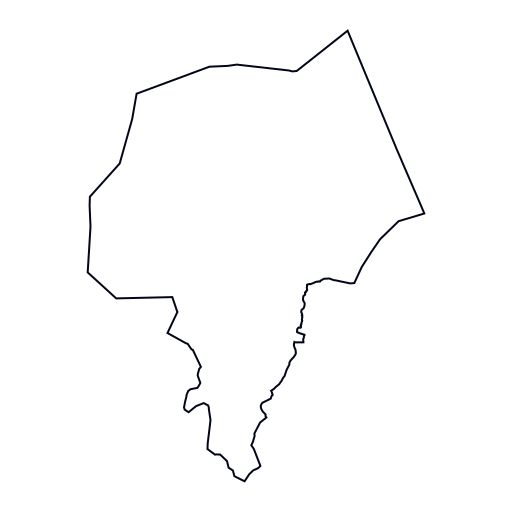 Ori Ire, Oyo, Nigeria (Natural Earth projection)
{"feature_id": "59680162B81796058650879", "entity_name": "Ori Ire", "entity_type": "district", "adm_level": 2, "iso_a3": "NGA", "parent_name": "Nigeria", "parent_adm1": "Oyo", "projection": "natural_earth1", "projection_center": [4.162, 8.245], "detail": "fine", "context": "isolated", "style": "outline", "palette": "ink", "viewbox_px": 512, "rotation_deg": 0, "n_neighbors": 0, "source": "geoboundaries", "source_scale": "gbopen_adm2", "svg_char_len": 4252}
<svg xmlns="http://www.w3.org/2000/svg" viewBox="0 0 512 512"><path d="M87.7,272.4L116.2,298.4L172.3,297.1L177.3,311.9L177.4,312.0L167.5,333.0L186.0,343.3L187.6,343.7L191.5,349.4L192.8,349.8L200.9,366.9L199.2,369.0L197.9,373.7L197.7,375.6L200.3,382.8L200.2,383.3L198.0,387.1L197.3,387.9L190.6,389.2L188.2,391.0L186.7,394.6L186.5,395.0L186.5,396.3L185.2,401.3L184.0,407.4L184.7,409.6L188.2,412.0L188.6,412.2L196.1,406.1L203.7,403.1L208.1,405.4L208.9,407.8L208.8,408.7L210.5,420.2L207.7,443.4L207.5,449.1L215.1,454.7L216.1,454.4L218.6,454.5L218.8,454.6L220.1,454.5L227.0,461.1L228.6,467.7L232.9,470.5L234.4,476.2L244.6,481.3L249.1,474.4L253.2,470.4L258.2,468.1L260.4,465.9L253.8,448.9L251.3,445.3L252.9,441.9L254.6,436.0L254.4,433.5L260.1,422.5L266.4,417.5L265.5,416.1L265.6,414.6L264.7,413.5L263.3,412.2L262.2,410.7L261.2,408.7L260.9,407.5L260.8,405.6L261.4,404.3L261.8,403.6L262.0,403.2L262.3,402.9L262.6,402.7L263.4,402.3L264.1,401.9L264.8,401.6L265.3,401.3L265.8,401.1L266.4,400.8L266.7,400.6L267.3,400.4L267.7,400.2L267.9,400.1L268.1,399.9L268.4,399.8L268.5,399.7L269.0,399.5L269.2,399.4L269.4,399.3L269.6,399.2L269.9,399.1L270.0,399.0L270.1,398.9L270.3,398.8L270.6,398.7L270.8,398.5L270.9,398.2L271.0,397.9L271.1,397.4L271.3,397.0L271.3,396.8L271.4,396.5L271.5,396.2L271.7,395.9L271.9,395.7L272.1,395.4L272.4,395.2L272.6,395.0L272.7,394.9L272.7,394.7L272.5,394.4L272.4,394.2L272.3,393.9L272.1,393.5L272.0,392.7L271.6,391.8L271.5,391.4L271.1,390.8L274.4,388.5L274.7,388.2L275.7,387.0L279.2,384.2L280.5,382.2L281.1,381.6L283.3,377.5L284.5,376.2L286.6,369.9L288.4,366.4L289.4,364.6L289.3,364.1L289.4,363.3L289.4,362.7L290.3,360.9L291.9,359.0L292.5,358.3L293.4,357.5L294.3,356.2L295.2,354.9L295.8,353.7L295.8,353.2L295.8,352.3L295.7,351.3L295.5,349.6L295.0,348.7L294.7,348.0L294.2,346.6L293.9,345.0L294.0,344.4L293.9,344.0L294.0,343.5L294.4,342.0L294.6,342.1L295.0,342.2L295.4,342.3L295.7,342.4L295.8,342.4L296.0,342.4L296.5,342.3L296.9,342.3L297.1,342.3L297.3,342.4L297.6,342.4L297.8,342.4L298.0,342.4L298.4,342.3L298.5,342.3L298.9,342.3L299.1,342.3L299.6,342.3L300.0,342.3L300.3,342.3L300.5,342.3L300.8,342.3L301.1,342.3L301.4,342.4L301.5,342.3L301.8,342.3L302.1,342.3L302.5,342.3L302.8,342.4L303.4,342.3L303.3,341.8L303.4,341.4L303.4,341.0L303.3,340.7L303.2,340.3L303.2,340.2L303.2,339.9L303.2,339.6L303.2,339.3L303.3,338.9L303.4,338.6L303.5,338.5L303.6,338.2L303.8,337.7L303.9,337.3L303.9,337.0L303.9,336.3L304.0,336.0L304.2,335.7L304.5,335.3L304.6,334.9L304.4,334.7L304.2,334.6L303.9,334.6L303.6,334.5L303.3,334.4L303.0,334.3L302.7,334.2L302.2,334.0L301.8,333.9L301.6,333.9L301.4,333.7L301.2,333.7L300.9,333.6L300.5,333.5L300.3,333.5L300.1,333.4L299.8,333.3L299.5,333.1L299.2,333.0L298.8,332.8L298.4,332.8L298.2,332.7L297.9,332.5L297.6,332.3L297.0,332.0L297.1,331.0L297.2,330.6L297.1,330.1L297.3,329.0L297.5,328.7L297.8,328.3L298.7,327.5L299.1,327.4L299.9,327.8L300.6,327.7L301.1,326.9L300.9,325.5L300.7,325.3L301.0,324.5L301.5,324.0L301.3,323.4L301.6,322.5L301.7,322.1L302.1,321.4L302.0,320.8L302.2,320.5L302.0,319.9L301.9,319.4L302.1,318.8L302.1,318.4L302.0,317.9L302.4,317.1L302.2,316.6L302.2,316.2L302.3,315.9L301.8,315.5L301.9,315.0L302.1,314.7L302.2,314.4L302.1,314.0L301.8,313.2L301.5,312.9L301.2,311.9L301.2,311.7L301.5,310.1L303.7,308.1L304.5,305.7L304.7,303.3L303.8,301.7L303.0,300.0L303.1,297.7L303.4,296.1L304.2,295.4L305.1,294.7L305.2,294.1L305.0,293.2L305.0,292.5L305.6,292.1L305.8,291.7L306.2,291.7L306.4,291.3L306.5,290.7L307.0,290.4L307.2,290.0L307.0,289.4L307.0,289.0L306.9,288.5L306.8,287.4L307.0,286.8L307.1,286.2L307.0,285.4L307.2,285.1L307.1,284.7L307.7,284.4L308.7,284.2L309.7,284.0L310.6,284.2L311.2,283.8L312.1,283.5L313.0,283.2L313.9,282.8L314.7,282.4L315.5,282.0L316.4,281.8L317.1,281.6L317.6,281.8L318.0,281.5L318.4,281.4L318.7,281.5L319.5,281.6L320.1,281.5L320.4,280.7L320.9,280.5L323.8,278.8L329.3,278.5L333.7,280.1L335.8,280.4L350.2,283.4L354.3,283.1L361.8,266.9L371.3,252.0L380.1,239.2L390.8,228.8L398.6,221.2L403.9,219.6L424.3,213.5L421.5,206.8L404.2,166.7L400.7,158.5L397.1,150.2L373.6,93.5L359.3,59.0L347.6,30.7L296.7,71.0L292.3,71.4L289.0,70.5L236.8,64.6L227.6,65.9L209.4,66.7L136.6,93.7L132.2,119.0L119.7,163.5L89.9,196.7L89.6,205.6L90.5,226.6L87.7,272.4Z" fill="none" stroke="#020617" stroke-width="2"/></svg>